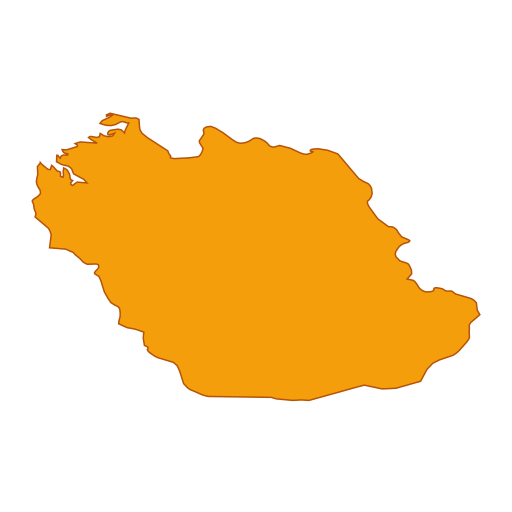 the County of Telemark, rotated 179°
{"feature_id": "NOR-922", "entity_name": "Telemark", "entity_type": "County", "adm_level": 1, "iso_a3": "NOR", "parent_name": "Norway", "parent_adm1": "", "projection": "natural_earth1", "projection_center": [8.804, 59.491], "detail": "fine", "context": "isolated", "style": "filled", "palette": "amber", "viewbox_px": 512, "rotation_deg": 179, "n_neighbors": 0, "source": "natural_earth", "source_scale": "10m", "svg_char_len": 4042}
<svg xmlns="http://www.w3.org/2000/svg" viewBox="0 0 512 512"><g transform="rotate(179 256 256)"><path d="M469.9,353.1L468.7,351.6L462.6,346.3L460.1,346.0L458.8,350.2L457.3,349.0L453.3,344.5L452.5,344.2L451.4,344.0L450.5,343.6L450.0,342.4L450.1,339.5L450.0,338.9L447.6,338.1L447.1,340.3L447.3,343.9L446.8,347.4L444.5,346.2L443.2,345.2L441.3,341.7L440.7,339.6L440.6,337.5L440.0,335.7L438.0,334.6L439.9,332.6L439.8,330.6L438.3,329.7L433.6,333.0L423.7,332.0L426.9,335.7L436.9,341.3L439.0,346.7L442.2,349.2L448.6,350.8L453.8,353.7L453.4,360.2L452.4,360.2L451.9,359.2L450.9,358.2L450.1,357.2L448.9,359.5L447.1,360.3L442.5,360.2L442.5,361.6L444.4,361.8L446.0,362.5L447.2,363.8L448.0,365.8L443.7,365.4L432.7,368.6L432.7,370.0L433.3,370.4L434.9,371.6L429.7,373.1L412.8,371.6L419.0,375.3L421.4,377.5L419.4,378.5L413.0,377.3L410.5,378.0L409.6,381.3L406.0,378.9L401.4,377.8L397.3,378.5L395.2,381.3L398.6,380.1L400.6,379.6L401.9,379.9L402.1,381.5L401.4,382.8L400.2,383.9L399.1,384.3L391.9,385.2L388.5,384.5L385.3,381.3L384.6,384.0L380.9,391.3L382.8,391.3L386.0,392.5L387.6,392.7L389.3,392.3L394.2,389.9L398.3,389.0L402.1,389.1L405.8,389.9L409.7,391.3L407.4,394.0L399.7,397.5L396.3,399.8L399.8,399.3L403.0,398.3L403.0,399.8L400.4,400.8L399.5,401.3L378.6,396.0L373.7,396.1L371.7,395.3L370.6,394.5L370.2,387.3L369.8,384.1L368.9,382.7L368.0,380.9L362.6,376.3L342.4,362.7L341.4,359.9L339.5,357.4L339.8,356.9L339.9,356.6L339.9,356.2L339.7,355.6L336.0,354.8L321.5,355.3L312.9,356.2L311.7,356.5L311.4,356.7L311.2,356.8L309.5,358.6L307.9,361.6L307.1,364.6L310.1,369.6L310.7,371.3L310.5,372.5L308.9,374.6L306.1,378.7L306.0,379.6L306.0,380.9L306.5,382.2L306.3,383.4L305.6,384.6L304.1,385.5L302.7,386.0L299.0,386.4L294.3,384.5L286.8,379.8L277.3,372.5L273.4,370.0L269.9,369.0L265.2,369.4L261.6,370.6L256.1,373.8L253.3,374.0L249.8,373.3L245.0,370.6L242.8,368.6L240.4,365.8L238.5,365.0L236.4,364.5L230.4,366.1L220.0,363.2L209.9,358.3L207.1,357.3L204.1,356.7L201.2,357.3L197.9,358.6L197.2,359.2L197.6,359.5L198.8,359.6L199.5,359.8L199.9,360.1L199.8,360.8L198.8,361.6L196.1,362.0L191.8,362.1L182.5,360.5L172.6,356.7L172.0,356.2L152.0,331.7L147.5,328.8L142.6,326.4L140.7,324.4L139.3,321.5L138.8,316.6L139.7,313.2L141.7,310.4L143.6,308.8L143.6,306.5L142.1,303.2L133.6,291.1L123.2,283.1L119.1,282.7L117.2,281.7L115.1,280.0L112.8,276.2L109.9,272.5L103.3,269.6L102.0,268.7L102.3,267.9L103.7,267.0L108.3,265.8L111.0,264.3L113.3,262.2L116.2,257.9L116.8,255.2L115.9,252.6L112.2,248.6L105.5,246.3L103.8,245.3L102.7,243.6L100.9,239.3L100.7,236.9L100.7,235.4L105.3,230.3L99.5,229.0L97.9,228.0L95.8,225.3L93.9,222.0L93.1,220.9L91.9,219.8L90.5,218.7L88.3,217.6L86.1,217.1L81.9,217.3L79.9,217.8L78.9,218.7L78.8,220.0L78.0,220.9L76.5,221.2L72.4,220.5L70.0,219.8L67.4,218.1L65.9,217.6L60.9,217.5L57.2,214.6L41.4,209.6L38.8,207.9L36.5,205.4L35.7,197.9L33.2,193.4L42.4,185.8L43.2,184.6L44.1,183.0L43.9,180.0L44.2,176.6L44.0,171.0L44.8,169.0L46.8,166.3L54.3,158.1L57.4,155.4L60.7,153.3L74.4,148.9L81.2,145.6L87.0,139.7L93.6,127.9L118.5,121.3L132.2,120.9L150.1,125.0L160.5,122.4L205.5,110.7L213.3,111.3L222.1,111.0L238.2,112.8L243.2,114.4L306.4,116.4L312.1,118.1L324.4,123.7L326.5,125.2L330.6,129.7L334.2,141.8L336.7,147.7L340.4,151.1L355.8,156.0L359.1,157.7L364.2,161.3L365.8,163.1L366.3,164.5L365.6,165.4L365.6,166.5L366.3,167.2L369.1,168.5L370.2,176.0L369.5,181.9L378.6,185.1L386.1,186.6L394.5,190.6L394.1,193.9L392.9,197.8L392.8,202.0L393.2,205.3L394.2,207.2L396.0,208.4L398.4,209.6L401.8,211.9L404.6,216.0L408.3,222.9L411.6,234.2L413.5,238.4L417.4,240.9L417.8,242.1L416.7,243.7L414.5,245.8L413.4,247.6L413.5,249.3L413.9,250.1L415.9,250.8L424.8,250.7L426.6,251.5L428.7,252.8L432.3,256.7L437.0,260.7L438.7,262.8L446.3,266.2L462.3,267.8L460.4,280.8L461.7,285.0L463.2,287.5L476.2,298.9L475.3,301.7L475.3,302.6L477.0,307.1L477.5,311.6L478.8,314.7L478.4,315.7L476.4,317.4L473.9,318.8L471.9,320.4L470.6,322.0L470.4,323.4L470.8,325.7L472.7,328.8L473.9,331.7L474.3,334.5L473.5,338.5L472.8,341.2L473.0,349.2L469.9,353.0L469.9,353.1Z" fill="#f59e0b" stroke="#b45309" stroke-width="1.5"/></g></svg>